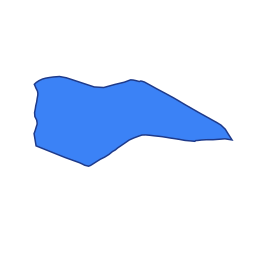 Kampong Chhnang, Kâmpóng Chhnang, Cambodia (Equal Earth projection), rotated 108°
{"feature_id": "14789045B67282211739519", "entity_name": "Kampong Chhnang", "entity_type": "district", "adm_level": 2, "iso_a3": "KHM", "parent_name": "Cambodia", "parent_adm1": "Kâmpóng Chhnang", "projection": "equal_earth", "projection_center": [104.678, 12.271], "detail": "fine", "context": "isolated", "style": "filled", "palette": "blue", "viewbox_px": 256, "rotation_deg": 108, "n_neighbors": 0, "source": "geoboundaries", "source_scale": "gbopen_adm2", "svg_char_len": 1261}
<svg xmlns="http://www.w3.org/2000/svg" viewBox="0 0 256 256"><g transform="rotate(108 128 128)"><path d="M176.4,160.1L176.8,157.7L176.5,153.7L175.2,152.1L172.7,150.0L169.9,147.7L166.3,144.7L162.9,141.2L159.1,138.0L155.2,135.5L152.7,133.2L150.2,131.7L146.6,128.9L142.7,125.9L139.0,123.1L135.5,119.2L132.2,115.0L130.4,112.6L129.1,109.0L128.1,104.6L127.3,100.5L126.5,96.8L125.7,92.9L125.0,88.4L124.4,84.3L123.7,80.3L123.0,76.0L122.2,69.9L121.1,65.2L120.0,60.3L119.1,59.8L118.6,58.6L118.2,57.6L116.8,54.6L115.1,50.3L114.0,47.1L112.7,43.1L111.3,39.7L110.0,36.5L108.3,32.4L107.2,25.4L102.6,31.0L99.1,35.1L96.5,40.5L95.5,44.6L91.3,66.1L88.2,80.8L85.4,93.2L83.4,103.9L81.8,113.0L80.1,121.8L79.2,126.6L79.2,129.3L79.4,130.5L80.3,131.6L80.5,135.2L80.8,138.0L81.4,140.4L85.6,145.7L90.6,153.9L97.0,163.6L99.4,172.8L99.3,195.1L99.3,198.6L99.3,202.2L100.2,209.1L102.6,214.9L104.3,218.4L106.1,221.8L107.9,224.5L110.5,227.3L113.0,229.3L115.4,230.6L116.6,229.5L118.3,228.1L120.9,225.5L123.0,224.4L124.9,223.9L128.0,223.5L131.5,222.9L135.4,222.6L138.3,222.1L142.3,221.6L145.9,220.1L148.7,217.3L150.8,216.2L152.4,215.6L155.5,215.6L159.4,215.5L162.4,215.6L165.3,214.1L173.4,209.9L175.5,178.8L176.0,163.5L176.4,160.1Z" fill="#3b82f6" stroke="#1e3a8a" stroke-width="1.5"/></g></svg>